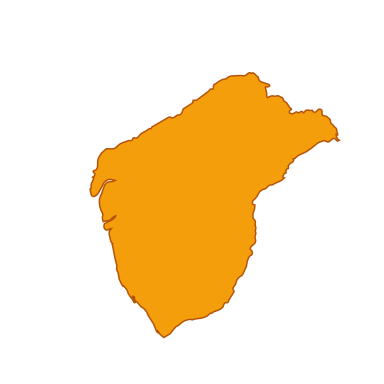 map outline of Guyane française (Natural Earth projection), rotated 212°
{"feature_id": "FRA-2000", "entity_name": "Guyane française", "entity_type": "Overseas department", "adm_level": 1, "iso_a3": "FRA", "parent_name": "France", "parent_adm1": "", "projection": "natural_earth1", "projection_center": [-53.325, 3.928], "detail": "fine", "context": "isolated", "style": "filled", "palette": "amber", "viewbox_px": 384, "rotation_deg": 212, "n_neighbors": 0, "source": "natural_earth", "source_scale": "10m", "svg_char_len": 5908}
<svg xmlns="http://www.w3.org/2000/svg" viewBox="0 0 384 384"><g transform="rotate(212 192 192)"><path d="M121.1,252.9L122.4,249.1L123.4,247.4L125.8,244.0L127.5,240.9L129.7,239.1L130.4,237.7L130.8,236.2L131.0,234.9L131.3,233.9L133.7,231.0L134.8,228.0L134.6,222.2L135.1,219.0L135.6,217.3L135.7,216.1L135.3,215.2L134.4,214.1L133.8,213.8L133.1,213.9L132.4,214.2L131.7,214.3L131.6,213.9L130.1,211.2L128.8,205.8L128.1,204.9L126.7,202.6L126.0,202.1L123.8,201.3L123.0,200.9L122.7,200.6L122.0,199.7L121.4,198.2L120.9,197.3L120.6,197.3L120.4,196.7L119.1,195.9L117.5,192.4L117.1,191.9L116.1,191.0L115.7,190.3L115.0,187.7L114.6,187.0L112.3,184.6L111.7,183.3L111.6,181.4L111.9,180.3L112.8,177.6L113.0,176.5L112.7,174.9L112.0,174.3L109.8,173.6L109.0,173.0L108.3,171.9L108.0,170.6L108.7,169.2L109.1,167.9L109.1,166.0L108.5,162.7L106.5,157.9L105.4,149.7L105.5,147.7L106.8,144.9L107.2,143.6L107.2,140.5L107.0,139.6L106.2,137.1L106.2,135.3L106.4,133.8L106.4,132.5L105.6,131.1L105.0,130.7L104.3,130.5L103.8,130.1L103.5,129.0L103.5,119.6L103.1,118.6L103.0,117.8L103.3,117.0L105.1,115.6L105.4,115.2L105.5,114.1L104.9,111.1L105.1,109.7L105.5,108.5L106.7,106.3L110.3,101.6L110.5,101.2L110.7,100.3L111.0,99.8L112.0,99.0L112.4,98.5L113.2,95.5L113.9,94.2L114.5,93.2L117.3,89.9L122.5,85.6L123.8,83.9L126.0,83.0L128.0,81.4L129.7,79.3L131.0,77.2L132.8,71.9L134.2,69.2L134.5,67.9L135.5,60.0L136.7,57.7L138.0,55.1L138.7,53.7L139.3,53.7L142.3,54.2L144.3,54.5L145.8,55.3L147.1,55.9L147.6,56.0L147.4,55.5L146.0,54.7L146.5,54.6L147.5,54.7L149.7,56.0L151.4,57.4L152.6,58.3L153.8,59.1L155.0,59.9L162.4,63.4L164.8,64.7L166.7,66.2L168.2,66.8L169.0,67.0L171.3,67.7L173.9,67.6L178.6,69.0L180.8,69.6L182.5,69.4L183.4,70.1L184.4,71.6L185.6,72.7L187.0,72.2L187.0,71.3L185.9,71.0L184.7,70.1L183.3,68.8L182.1,68.5L181.7,68.6L181.6,68.2L182.2,67.6L182.9,67.7L184.2,68.6L186.2,69.6L189.0,70.5L190.5,71.3L192.1,72.0L195.3,74.5L197.7,75.4L200.3,76.1L200.6,75.5L201.1,75.6L203.0,76.6L207.5,79.5L211.9,84.4L214.9,86.3L216.9,90.0L221.6,94.4L230.9,104.4L231.6,104.8L231.8,105.0L231.8,105.5L231.7,106.0L231.8,106.3L232.1,106.4L232.9,106.2L233.2,106.3L234.9,107.4L240.0,112.4L241.4,115.2L240.9,118.3L242.1,117.5L243.7,114.7L245.1,114.2L246.7,114.6L248.1,115.6L249.0,117.1L249.4,118.6L248.2,121.1L245.8,124.8L243.9,128.6L244.0,131.4L244.4,131.4L244.6,130.3L245.1,129.6L245.6,129.0L245.8,128.5L246.1,126.6L246.7,124.6L247.6,123.4L250.5,121.3L251.2,119.9L252.4,120.5L253.7,121.8L254.8,123.4L255.3,124.9L255.9,126.0L260.2,128.8L262.5,130.9L264.8,133.7L266.7,136.9L267.4,140.0L267.8,143.0L269.3,148.9L269.7,152.0L268.9,155.4L267.2,157.2L265.1,158.6L263.4,161.1L267.4,159.7L269.6,158.3L270.6,156.7L270.7,155.9L271.4,153.8L271.5,152.5L270.9,141.6L271.3,138.8L272.4,136.6L273.2,135.9L274.2,135.7L275.3,135.9L276.4,136.6L279.5,139.9L280.0,140.8L279.5,141.6L281.3,144.5L281.9,146.2L282.0,148.0L282.3,150.1L283.0,151.7L284.1,151.7L284.0,152.4L283.7,153.0L283.4,153.3L283.2,153.3L283.3,153.9L283.6,155.1L284.1,156.1L285.2,156.4L286.3,156.6L286.8,157.2L286.5,158.3L285.9,158.8L285.3,159.6L285.0,161.1L285.2,162.4L285.6,163.6L288.2,168.1L289.0,170.0L289.4,172.0L289.5,174.9L289.3,177.2L288.0,181.9L287.3,183.5L282.4,186.3L280.7,188.0L279.8,190.3L279.2,192.8L278.4,194.8L277.3,196.6L273.0,202.0L271.0,203.2L270.5,203.7L270.3,204.5L270.5,206.1L270.4,206.8L269.8,207.4L269.4,207.5L268.9,207.4L268.2,207.7L267.2,209.0L266.8,210.5L266.3,213.7L265.6,215.5L262.9,220.3L262.1,222.4L261.6,223.3L260.3,224.0L260.3,224.6L260.4,225.3L260.4,226.0L251.5,242.8L250.8,243.6L250.0,244.1L249.4,244.1L248.9,244.0L248.1,244.2L246.8,245.5L245.5,249.1L243.1,251.1L242.7,252.6L242.7,254.3L243.4,257.6L243.2,258.2L239.1,267.0L238.7,268.1L239.0,269.1L239.5,269.8L239.6,270.4L238.7,271.0L238.0,271.3L237.4,271.7L237.0,272.2L236.5,272.9L231.4,286.2L231.0,288.5L230.8,289.1L230.2,289.6L228.9,290.1L228.6,290.5L228.9,291.3L229.9,293.2L230.2,294.1L230.1,295.1L229.8,295.7L229.4,296.2L229.1,296.8L227.7,300.3L225.8,303.5L223.3,305.9L221.9,309.0L221.1,310.3L219.9,311.4L212.6,316.5L209.7,317.9L208.6,318.9L207.8,320.7L207.3,322.4L206.9,323.1L206.2,323.8L205.8,324.0L205.1,323.8L204.7,323.8L204.4,324.2L203.8,325.1L203.4,325.4L202.0,325.5L199.5,324.9L196.7,324.5L194.7,322.6L193.3,322.0L192.0,322.0L184.1,323.8L183.1,323.8L182.3,323.1L182.8,322.0L184.0,320.9L185.3,320.4L185.3,319.6L181.2,315.6L179.5,313.0L179.0,312.4L178.1,312.1L177.8,312.3L177.6,312.7L175.8,315.3L175.0,316.0L172.7,317.0L170.3,319.0L169.6,319.4L167.1,319.5L165.7,319.9L164.7,319.6L162.6,318.1L161.6,317.9L159.3,317.8L158.2,317.5L153.8,315.3L151.9,315.2L151.5,314.9L151.5,314.4L152.2,312.9L152.2,312.2L151.5,311.0L150.4,310.7L149.2,311.0L148.0,311.8L147.3,312.8L146.7,314.1L146.1,315.1L145.3,315.4L143.7,315.5L142.9,316.6L142.3,317.9L141.5,318.6L140.1,318.5L139.4,318.2L139.0,318.6L139.0,320.5L138.5,321.8L137.3,322.8L134.6,323.9L134.2,324.2L133.5,325.0L133.1,325.1L132.8,325.0L132.1,324.4L131.8,324.4L130.4,324.4L129.9,324.7L129.4,325.8L128.5,329.0L127.6,330.0L126.1,330.3L125.2,330.0L124.6,329.5L122.6,326.4L122.2,326.3L121.1,326.4L119.8,326.8L118.7,327.2L117.6,327.4L114.3,326.9L113.7,326.8L112.9,326.3L111.2,324.4L110.4,323.8L109.9,323.7L109.4,323.8L108.5,323.7L107.9,323.5L106.9,323.0L106.4,322.8L103.6,322.4L102.6,321.8L101.3,320.2L99.1,318.3L98.8,317.5L100.3,317.2L99.2,315.9L97.8,314.8L96.3,314.0L94.5,313.9L95.5,312.4L96.5,312.2L98.7,313.0L100.0,312.8L100.7,312.2L102.5,307.0L103.2,306.5L103.9,306.1L105.3,306.1L106.3,305.9L107.1,305.6L110.3,301.9L111.3,300.1L113.9,292.6L116.2,287.1L121.0,279.6L121.5,278.5L122.5,274.9L123.0,274.3L123.8,273.8L122.9,273.0L122.5,272.5L122.4,272.0L122.4,271.2L122.7,270.3L123.6,268.7L123.8,268.3L124.2,266.0L124.2,264.9L123.9,264.8L123.1,263.9L122.8,262.8L123.5,262.3L123.8,261.8L123.7,260.7L123.3,258.9L123.2,258.7L122.6,258.2L122.4,258.1L122.6,257.7L122.9,257.4L123.2,257.3L123.3,257.1L123.5,255.5L123.3,253.8L122.6,252.7L121.1,252.9Z" fill="#f59e0b" stroke="#b45309" stroke-width="1.5"/></g></svg>